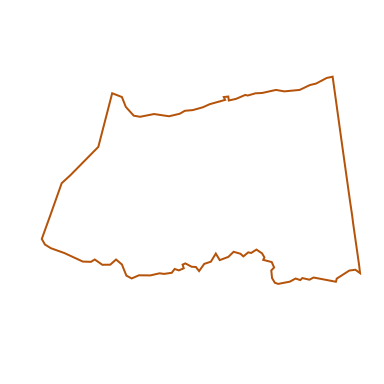 the district of Taos, New Mexico, United States of America, rotated 82°
{"feature_id": "52423323B45931261508118", "entity_name": "Taos", "entity_type": "district", "adm_level": 2, "iso_a3": "USA", "parent_name": "United States of America", "parent_adm1": "New Mexico", "projection": "albers", "projection_center": [-105.561, 36.505], "detail": "fine", "context": "isolated", "style": "outline", "palette": "amber", "viewbox_px": 384, "rotation_deg": 82, "n_neighbors": 0, "source": "geoboundaries", "source_scale": "gbopen_adm2", "svg_char_len": 1397}
<svg xmlns="http://www.w3.org/2000/svg" viewBox="0 0 384 384"><g transform="rotate(82 192 192)"><path d="M97.4,36.7L97.8,42.7L101.9,54.1L102.5,60.4L105.9,71.2L105.2,86.6L102.6,94.6L103.7,108.8L103.1,115.4L104.2,123.4L103.3,125.8L105.9,135.4L106.5,142.8L102.5,142.8L102.4,147.3L105.4,146.4L107.5,162.2L109.6,169.4L111.0,179.8L110.6,187.8L112.8,193.3L113.8,204.2L109.5,218.8L110.3,232.9L108.3,239.1L98.5,245.7L88.2,248.2L83.1,257.3L134.3,278.5L139.1,284.8L158.6,310.3L165.1,319.8L196.4,336.1L217.6,347.3L223.6,344.9L228.0,339.6L234.8,326.7L245.7,309.8L247.1,301.8L245.3,297.7L251.6,290.9L252.6,283.1L248.3,276.6L254.0,271.5L265.7,268.6L269.2,263.8L267.1,256.1L268.8,244.8L268.0,235.4L269.2,231.2L269.2,223.3L265.8,219.9L267.8,215.9L266.4,210.8L262.6,211.4L261.8,208.5L266.0,202.7L266.8,198.6L271.3,196.0L264.9,189.9L263.6,183.0L256.3,177.0L263.3,174.0L261.3,165.0L257.0,159.1L259.9,152.6L262.9,150.1L259.6,144.7L260.6,141.9L258.0,136.2L262.6,131.1L266.9,129.4L269.1,130.9L272.5,122.8L278.2,121.2L280.7,124.4L288.4,124.7L293.4,122.6L295.0,119.4L294.4,107.6L292.1,101.5L294.3,97.0L292.6,94.7L295.2,87.9L293.6,83.5L300.9,62.0L297.9,60.7L291.7,47.2L291.7,41.1L295.7,36.9L287.9,36.7L245.5,36.8L245.4,36.8L239.7,36.7L238.4,36.7L233.9,36.7L222.9,36.8L222.0,36.8L216.6,36.8L193.0,36.8L183.6,36.8L170.5,36.8L170.0,36.8L99.9,36.7L99.6,36.7L97.4,36.7Z" fill="none" stroke="#b45309" stroke-width="2"/></g></svg>